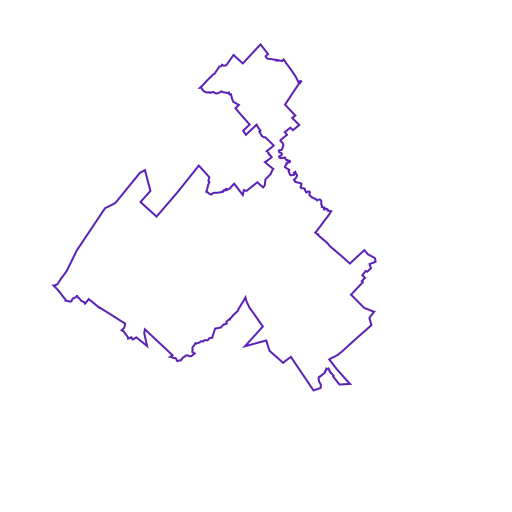 the district of Rincón de Romos, Aguascalientes, Mexico, rotated 313°
{"feature_id": "50627088B44268197461016", "entity_name": "Rincón de Romos", "entity_type": "district", "adm_level": 2, "iso_a3": "MEX", "parent_name": "Mexico", "parent_adm1": "Aguascalientes", "projection": "albers", "projection_center": [-102.306, 22.248], "detail": "fine", "context": "isolated", "style": "outline", "palette": "violet", "viewbox_px": 512, "rotation_deg": 313, "n_neighbors": 0, "source": "geoboundaries", "source_scale": "gbopen_adm2", "svg_char_len": 6123}
<svg xmlns="http://www.w3.org/2000/svg" viewBox="0 0 512 512"><g transform="rotate(313 256 256)"><path d="M226.6,412.0L226.6,410.7L228.4,391.7L230.3,380.1L231.5,380.4L238.9,383.1L243.9,383.9L252.5,384.7L264.1,385.6L284.2,387.6L287.8,381.5L288.1,381.2L289.0,381.0L295.8,380.4L295.5,380.0L295.4,379.6L291.9,370.7L291.8,369.5L292.5,354.2L292.4,351.9L309.8,352.0L309.8,350.5L314.4,350.6L314.4,346.9L319.9,346.4L320.4,348.1L325.5,348.4L327.5,344.6L333.3,347.4L334.3,346.2L335.4,344.7L335.4,343.6L333.9,337.9L333.6,337.0L333.6,335.9L333.7,335.3L334.2,331.3L322.1,330.3L314.5,329.8L314.3,318.9L313.6,303.2L313.8,301.3L314.1,300.2L314.0,298.0L314.2,297.8L313.9,294.5L313.6,287.5L314.3,286.8L313.9,286.4L313.7,285.9L313.6,283.3L314.7,283.4L318.4,283.1L329.6,281.8L334.9,281.4L340.0,280.4L339.0,279.0L338.1,277.4L338.8,277.2L338.9,276.3L338.8,275.8L338.2,274.8L337.4,274.4L336.6,274.4L336.4,274.0L336.8,273.5L337.5,273.4L337.9,273.1L337.9,272.7L336.7,270.7L337.7,269.9L338.2,269.3L338.4,268.2L340.2,266.9L340.7,266.3L340.9,265.8L341.0,264.6L340.9,264.3L339.8,263.3L338.2,262.6L338.4,260.4L337.8,259.6L337.5,258.1L336.9,257.2L337.2,256.0L336.9,255.1L337.0,254.1L337.0,253.4L337.2,253.2L339.3,252.0L339.6,251.2L339.2,250.8L338.7,250.2L338.3,249.9L337.1,249.8L336.8,249.4L336.9,248.8L337.3,248.1L337.3,247.5L337.5,246.8L337.7,246.6L338.1,246.3L338.4,246.0L338.3,245.1L336.8,243.4L336.5,242.0L336.9,241.5L338.1,241.2L338.9,240.4L339.6,240.3L339.8,240.1L339.8,239.4L338.7,237.3L337.9,235.9L337.5,235.0L337.0,234.3L337.0,233.9L337.5,233.2L337.4,232.4L337.5,232.0L337.6,231.8L338.0,231.7L338.9,231.8L340.0,232.1L341.7,231.5L342.6,231.3L343.1,231.0L343.2,230.8L343.7,228.3L344.4,227.3L342.6,226.9L342.2,228.5L340.9,228.3L338.6,226.2L338.6,225.6L340.2,222.0L341.4,221.9L341.7,221.5L341.0,218.4L340.7,216.6L340.9,216.3L342.5,215.9L344.0,215.8L344.7,215.0L345.2,215.1L347.5,216.7L348.5,216.3L348.4,215.2L347.4,214.2L347.4,212.9L346.9,212.8L347.0,211.3L347.7,209.8L346.5,209.0L345.1,208.1L344.2,207.1L344.1,206.7L344.0,205.9L344.6,205.0L346.3,205.7L347.5,205.9L347.8,205.7L348.5,204.9L348.6,204.4L348.3,203.7L347.8,202.7L347.9,201.9L348.6,200.8L349.5,201.1L350.6,202.1L351.0,202.3L352.6,202.1L353.6,201.3L355.6,200.6L355.8,200.4L356.9,198.2L356.8,197.2L356.9,195.2L357.4,194.9L364.2,195.8L365.8,196.0L366.3,192.6L373.3,193.6L373.2,197.2L381.3,198.3L381.7,188.3L385.5,189.0L386.5,174.0L411.7,169.8L412.0,170.3L414.5,169.9L414.2,169.1L412.2,168.2L414.4,162.2L415.9,155.5L418.0,144.7L418.6,142.1L417.7,142.1L416.6,142.2L416.4,141.8L413.2,138.0L413.9,138.0L408.0,129.5L408.6,126.8L411.9,127.1L413.8,115.0L387.8,115.0L387.7,102.5L386.6,102.6L376.0,104.1L374.9,104.1L373.1,102.5L372.8,100.8L371.1,101.1L369.4,100.0L361.0,101.4L359.5,100.8L357.1,100.8L350.5,100.5L349.1,100.5L348.8,100.6L342.2,100.5L341.9,100.3L340.9,100.3L341.9,101.1L341.5,102.1L340.9,105.2L341.8,108.3L344.1,110.4L344.0,111.2L345.9,112.2L346.8,112.9L347.1,114.7L347.8,116.2L349.6,117.4L353.0,118.5L353.2,120.1L354.8,122.4L355.9,124.4L357.1,124.7L356.2,126.3L356.2,126.7L357.2,127.4L354.7,131.2L353.3,134.3L354.8,140.4L350.1,140.2L349.4,145.5L347.8,161.7L338.9,161.2L338.1,164.2L338.1,164.9L337.7,165.9L351.1,166.9L351.2,166.6L352.5,166.8L351.8,168.8L350.6,173.8L349.3,173.6L349.1,175.0L348.6,175.6L347.8,178.5L348.3,181.0L349.2,181.8L348.9,193.7L340.1,192.4L340.2,192.7L339.2,196.5L339.5,196.5L339.0,200.1L338.3,200.0L333.9,199.3L330.8,198.5L331.0,203.7L331.4,209.3L329.3,209.6L326.0,210.8L318.4,210.7L313.7,214.2L311.0,214.4L310.8,206.7L297.5,204.7L297.0,204.5L295.9,202.2L291.6,204.7L294.0,190.7L287.2,190.7L284.9,189.8L285.2,189.7L285.1,188.9L284.2,188.2L283.0,188.3L282.3,187.7L282.1,187.7L281.9,187.5L281.4,187.7L281.2,188.0L280.5,187.6L280.0,187.9L279.2,187.0L278.8,186.7L277.8,186.3L277.4,185.9L277.0,185.4L276.4,184.9L274.7,183.6L274.3,182.7L272.8,181.9L272.7,181.7L272.0,181.4L271.0,181.6L270.2,181.1L269.6,178.8L269.6,176.7L268.9,176.3L269.0,175.9L270.4,175.3L273.6,173.6L275.3,172.5L276.6,172.1L277.6,171.6L278.3,171.5L278.5,169.9L281.8,168.2L283.1,152.5L249.5,155.1L217.0,156.4L216.7,134.7L231.6,134.4L243.1,116.2L237.6,114.4L198.7,117.0L188.0,113.0L137.5,121.2L116.3,127.7L108.5,128.7L107.7,128.6L103.7,129.4L99.7,130.0L97.6,129.1L96.3,128.0L96.1,133.4L95.3,139.5L95.0,140.7L94.5,144.3L94.5,145.1L94.2,146.3L93.4,147.1L93.8,147.4L94.1,148.2L94.8,149.1L95.7,150.9L96.4,151.7L96.9,151.9L97.3,151.9L98.5,151.3L99.6,151.1L100.3,151.1L101.3,151.7L101.9,151.9L102.9,152.2L104.5,152.2L104.9,152.7L104.8,153.1L104.3,153.8L104.2,154.4L104.5,154.9L104.5,155.5L104.0,158.5L104.9,161.6L105.3,162.6L105.0,163.2L104.6,163.3L103.6,163.6L110.5,163.1L111.3,176.8L111.7,176.8L117.3,206.4L113.8,208.6L110.0,208.4L110.7,210.7L109.7,215.2L109.4,217.4L108.3,218.7L109.7,219.7L111.5,220.1L110.9,222.8L114.9,224.0L115.9,237.8L123.3,226.9L126.6,224.8L126.5,262.7L123.8,262.1L124.4,262.9L125.2,265.6L126.2,266.3L126.4,266.7L126.5,267.4L125.5,269.5L125.6,270.3L127.5,271.2L128.3,272.2L131.8,271.8L133.9,272.5L135.5,272.6L136.5,273.4L136.7,273.8L136.9,274.6L137.2,275.4L137.7,276.1L138.6,277.0L142.9,277.6L142.4,274.7L144.4,273.4L144.9,272.6L145.5,272.1L146.4,271.8L148.6,271.7L150.4,271.1L151.1,271.2L151.4,272.3L152.6,272.7L153.4,273.3L154.9,273.8L155.7,273.9L156.3,274.0L156.6,274.3L157.3,275.5L157.7,275.8L158.6,275.4L159.3,275.8L160.6,277.0L161.1,278.0L161.8,278.2L164.1,278.0L165.2,278.7L166.2,279.7L175.0,275.6L179.8,279.1L181.3,279.0L184.1,279.1L184.5,279.7L185.5,280.3L186.6,280.6L186.7,280.0L187.2,279.7L187.6,279.2L189.0,279.3L190.7,279.5L191.9,280.3L192.3,279.6L194.1,279.9L195.6,279.8L197.4,279.8L197.4,279.7L202.9,280.1L203.9,280.0L205.6,279.3L207.0,279.1L209.6,278.4L214.0,277.7L218.5,276.5L216.1,280.5L213.6,287.0L213.2,289.7L209.1,309.1L182.5,309.5L201.2,321.1L195.9,330.5L195.9,330.8L195.7,330.6L195.9,331.0L196.4,348.8L198.9,349.0L206.0,350.3L196.9,389.8L203.6,393.3L206.1,391.2L207.2,387.8L208.9,385.4L210.2,384.6L210.5,384.6L210.4,384.9L217.9,385.9L218.2,385.8L218.5,385.4L221.3,384.4L221.1,385.1L223.3,385.8L222.3,388.1L222.0,388.1L221.4,390.2L221.4,390.3L221.7,390.3L221.3,394.6L220.5,394.7L218.9,404.7L226.6,412.0Z" fill="none" stroke="#5b21b6" stroke-width="2"/></g></svg>